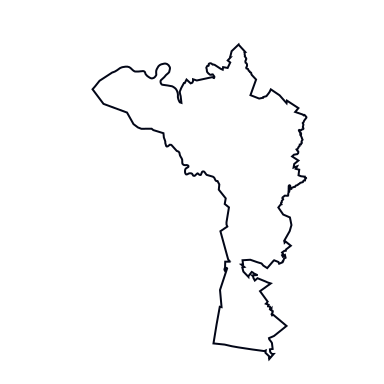 outline of Jonuta, Tabasco, Mexico, rotated 189°
{"feature_id": "50627088B39502895384690", "entity_name": "Jonuta", "entity_type": "district", "adm_level": 2, "iso_a3": "MEX", "parent_name": "Mexico", "parent_adm1": "Tabasco", "projection": "robinson", "projection_center": [-92.185, 18.135], "detail": "fine", "context": "isolated", "style": "outline", "palette": "ink", "viewbox_px": 384, "rotation_deg": 189, "n_neighbors": 0, "source": "geoboundaries", "source_scale": "gbopen_adm2", "svg_char_len": 5932}
<svg xmlns="http://www.w3.org/2000/svg" viewBox="0 0 384 384"><g transform="rotate(189 192 192)"><path d="M86.0,44.8L87.2,44.6L88.0,44.8L88.6,45.2L89.6,46.1L90.0,47.0L90.4,48.8L87.8,49.6L89.4,55.3L90.4,56.5L92.6,58.5L93.1,59.7L88.5,62.6L77.7,74.5L93.0,83.7L93.2,83.0L93.6,82.7L94.3,83.7L93.5,86.1L93.6,86.9L94.3,87.0L95.0,87.9L95.2,88.2L95.3,89.3L96.1,88.0L96.7,88.4L96.6,88.8L96.8,90.6L97.2,91.0L99.0,91.0L99.0,92.1L98.8,92.6L101.5,93.2L100.5,94.5L100.4,95.4L100.2,95.6L109.3,104.7L99.9,114.0L103.2,114.5L105.3,115.1L113.8,117.1L116.1,114.4L117.8,116.6L118.5,118.2L119.5,119.0L114.9,120.1L114.9,120.3L118.0,121.2L119.4,122.0L120.5,122.4L123.1,117.7L123.0,117.0L128.8,121.4L130.5,125.3L128.6,126.1L132.0,128.1L130.3,128.6L131.4,132.5L123.8,134.2L116.6,132.9L112.2,132.3L111.3,131.6L110.1,130.5L105.8,128.6L101.0,136.4L100.2,137.4L95.7,136.4L94.7,134.8L91.6,136.7L91.8,137.1L91.5,138.0L91.1,138.1L90.6,140.8L89.3,141.7L90.3,144.2L92.1,142.3L93.2,143.7L92.1,144.8L93.6,146.3L91.5,148.4L90.2,148.6L90.1,150.0L86.0,154.4L91.8,157.7L92.6,156.5L93.1,158.1L93.3,158.2L89.4,168.6L88.6,174.9L91.3,182.2L98.4,184.0L104.3,190.2L102.9,192.8L102.3,193.5L101.7,193.8L102.4,194.9L102.2,195.5L101.7,196.1L101.9,196.6L101.9,197.3L100.8,199.1L100.9,199.3L101.8,200.1L101.7,200.8L99.8,202.9L97.2,203.2L96.5,203.5L96.7,205.9L96.6,206.4L96.2,207.2L96.7,207.8L96.1,208.1L95.9,208.5L96.1,208.9L96.9,209.6L97.0,209.8L97.1,210.8L97.4,213.0L97.2,213.6L96.8,213.9L96.1,213.7L95.9,213.3L95.8,212.5L95.3,211.8L95.7,211.1L95.7,210.7L95.0,210.5L94.4,210.6L94.4,211.2L94.3,211.6L92.0,213.0L91.2,213.1L90.5,214.5L88.8,215.4L88.1,216.4L87.2,217.0L86.5,218.0L84.1,219.1L83.6,220.6L83.2,220.9L82.2,221.1L82.2,222.5L81.5,223.6L81.6,223.8L82.8,223.9L83.0,224.1L83.0,224.8L86.8,224.6L89.4,225.2L89.6,230.8L93.1,231.1L92.2,233.8L95.5,232.0L95.4,235.7L91.8,239.7L98.7,242.8L97.1,244.8L94.8,245.6L94.1,245.8L93.3,246.8L93.2,247.4L93.4,248.7L94.4,249.3L95.4,250.4L94.4,251.1L94.2,251.9L93.8,252.5L93.7,253.5L92.9,254.3L93.0,255.7L91.9,256.0L91.7,256.5L91.7,257.3L91.2,257.7L91.7,259.0L91.4,260.2L91.0,260.8L91.0,261.1L91.8,262.1L92.1,263.0L92.9,264.0L93.2,264.8L93.8,265.1L93.9,265.3L93.4,265.7L93.3,265.9L93.3,266.5L93.5,266.8L94.2,266.8L94.4,267.2L94.2,267.8L95.0,268.1L95.3,268.7L95.9,269.1L96.1,269.7L95.8,270.1L95.6,270.1L94.6,269.9L94.3,270.0L93.8,270.3L93.5,270.8L92.3,271.3L91.9,271.8L91.9,272.3L92.7,273.5L92.5,275.9L92.7,276.4L93.2,276.9L93.4,277.5L92.8,278.2L92.4,280.0L90.7,283.2L90.7,283.8L90.9,284.1L92.9,285.7L93.7,285.2L94.3,285.7L94.8,285.7L95.1,285.9L102.6,287.2L100.0,291.5L112.5,297.1L112.5,294.5L120.6,301.2L130.2,305.7L131.0,303.0L132.0,301.0L133.5,298.3L136.5,296.9L136.5,296.2L140.3,294.8L149.4,296.8L146.3,313.1L151.3,317.0L151.4,317.3L151.8,317.7L152.2,318.9L152.8,319.3L153.5,319.4L153.9,320.1L155.0,320.7L155.9,322.2L157.6,322.6L157.9,323.3L157.4,325.0L157.5,326.0L157.8,327.0L158.6,327.8L159.3,328.1L159.7,329.2L159.7,330.0L159.4,330.8L159.4,331.4L159.2,331.9L159.4,332.5L161.1,334.3L161.0,335.0L161.5,336.0L161.7,337.6L162.1,338.2L161.8,338.6L161.4,338.7L168.8,344.6L169.0,345.0L174.9,337.3L175.3,332.5L175.5,331.6L175.5,330.6L175.2,330.7L177.3,327.5L174.5,325.9L176.2,320.1L180.8,320.2L180.8,317.6L183.0,318.2L189.5,321.1L191.2,321.3L191.6,321.1L192.9,321.9L193.5,322.0L194.2,322.0L195.0,321.6L195.4,321.2L195.5,320.8L195.3,319.8L195.4,319.3L195.7,319.1L196.0,319.2L196.5,319.0L196.9,318.4L197.3,316.9L196.6,315.4L196.2,313.8L195.7,312.8L194.4,311.7L192.6,310.7L191.5,310.7L190.6,311.3L189.9,311.4L188.0,309.5L187.9,308.5L188.1,308.0L188.6,308.0L189.2,308.4L190.0,308.6L204.7,302.9L208.6,303.5L208.3,301.7L208.8,300.0L210.3,299.1L215.0,302.2L216.2,298.5L217.0,298.4L218.9,293.0L219.8,289.1L219.0,286.7L218.2,284.9L216.4,278.4L218.1,278.7L219.1,280.0L220.1,281.7L220.8,283.5L221.1,285.8L221.6,287.5L222.2,288.7L222.7,289.6L223.7,290.9L224.8,291.8L226.7,292.8L228.2,293.3L232.8,293.4L238.0,293.3L238.8,293.5L239.8,294.6L240.3,295.8L240.4,296.9L240.2,297.5L237.3,301.2L236.0,303.4L233.9,305.9L233.3,307.0L233.1,309.7L233.1,310.6L233.2,311.2L233.6,312.0L235.0,313.6L236.7,314.5L238.3,314.7L239.4,314.5L242.3,313.3L243.7,312.3L244.7,311.1L245.2,310.0L246.1,307.5L246.3,305.9L246.0,303.9L245.6,302.2L245.7,301.6L246.5,300.0L247.5,298.8L248.6,298.2L249.5,297.9L250.8,298.0L252.8,298.8L254.5,299.7L256.2,301.1L257.3,303.1L258.0,303.6L259.2,303.8L264.2,302.5L267.2,302.1L268.2,302.4L269.4,303.0L272.2,304.9L273.6,305.5L275.5,305.7L277.2,305.4L280.0,304.5L281.1,304.0L282.6,303.0L284.9,300.7L286.9,299.0L288.7,297.9L289.3,297.7L300.7,287.4L304.4,280.9L306.3,277.9L293.2,265.2L268.6,260.3L260.4,249.9L255.5,247.3L251.9,246.5L241.8,248.2L239.9,247.1L229.4,245.6L228.3,241.4L227.0,239.1L226.3,237.7L226.0,236.1L224.7,233.4L224.0,233.0L223.1,233.3L221.3,235.2L220.0,235.3L219.4,235.0L213.5,230.2L211.7,229.8L210.7,229.0L209.7,226.5L209.0,225.4L207.4,223.5L206.7,222.2L206.2,219.5L205.9,218.5L205.2,217.9L204.6,217.5L203.7,217.4L202.6,217.5L201.4,217.8L200.6,217.7L199.8,217.4L199.5,216.7L199.6,216.1L201.7,214.3L202.2,213.3L202.2,211.6L201.8,209.9L201.1,208.9L200.6,208.5L200.0,208.5L199.0,209.0L198.3,209.7L197.0,210.2L195.7,210.3L194.7,210.0L193.5,208.5L193.1,208.3L191.9,208.4L189.6,211.2L189.1,211.2L187.7,210.3L186.9,210.1L186.1,210.2L185.8,210.9L185.3,213.0L185.1,213.5L184.7,213.9L183.7,214.1L183.3,214.0L182.7,213.6L180.7,211.6L180.1,211.2L173.8,210.4L173.1,210.1L172.3,209.6L170.6,207.2L169.8,206.7L169.2,206.6L168.5,206.8L166.2,203.7L165.9,198.5L157.7,191.0L157.8,185.3L153.1,182.6L153.2,167.5L152.8,165.2L151.7,163.4L157.8,157.7L145.9,131.4L145.5,130.8L144.9,130.3L145.1,130.3L144.3,129.0L148.3,128.4L147.6,123.1L147.4,122.9L147.8,121.7L147.8,120.3L147.5,119.9L146.7,122.3L145.9,122.4L145.7,121.9L145.4,121.8L149.0,99.6L144.8,82.9L146.6,83.0L147.0,64.9L147.1,45.8L135.9,46.4L128.5,45.9L121.6,45.8L107.8,45.9L95.2,46.2L95.2,46.5L94.4,47.0L94.3,44.7L89.9,41.6L90.0,40.1L89.6,39.0L86.0,44.8Z" fill="none" stroke="#020617" stroke-width="2"/></g></svg>